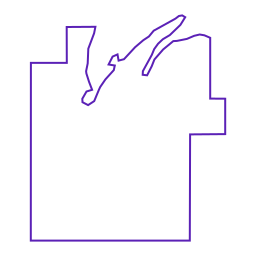 the district of Baraga, Michigan, United States of America
{"feature_id": "52423323B69174987336620", "entity_name": "Baraga", "entity_type": "district", "adm_level": 2, "iso_a3": "USA", "parent_name": "United States of America", "parent_adm1": "Michigan", "projection": "mercator", "projection_center": [-88.299, 46.693], "detail": "fine", "context": "isolated", "style": "outline", "palette": "violet", "viewbox_px": 256, "rotation_deg": 0, "n_neighbors": 0, "source": "geoboundaries", "source_scale": "gbopen_adm2", "svg_char_len": 788}
<svg xmlns="http://www.w3.org/2000/svg" viewBox="0 0 256 256"><path d="M189.8,240.6L190.1,134.4L225.2,134.1L225.2,98.7L210.2,98.6L210.2,80.6L210.2,37.8L204.4,35.3L199.7,34.5L194.2,35.8L186.9,38.9L177.0,40.9L173.3,41.1L163.1,49.5L154.4,59.5L151.7,66.3L147.1,75.3L142.7,74.8L142.9,71.1L151.8,54.9L154.2,49.1L158.1,43.7L162.9,39.2L169.8,35.1L180.4,24.9L185.2,17.2L182.2,15.4L178.9,16.0L175.5,18.6L153.7,30.7L148.9,36.5L143.3,40.2L135.1,47.2L124.0,59.2L118.6,60.6L117.5,54.4L112.6,56.6L108.6,64.5L114.8,65.5L113.8,70.1L105.4,79.4L100.2,87.0L98.9,89.8L94.2,101.1L88.1,105.1L82.5,102.2L82.3,98.8L86.5,91.5L92.1,89.8L89.0,81.7L86.4,73.5L86.1,71.2L87.7,63.4L88.3,48.7L94.1,33.3L95.4,26.8L66.7,27.0L66.8,62.9L30.9,62.9L30.8,240.6L189.8,240.6Z" fill="none" stroke="#5b21b6" stroke-width="2"/></svg>